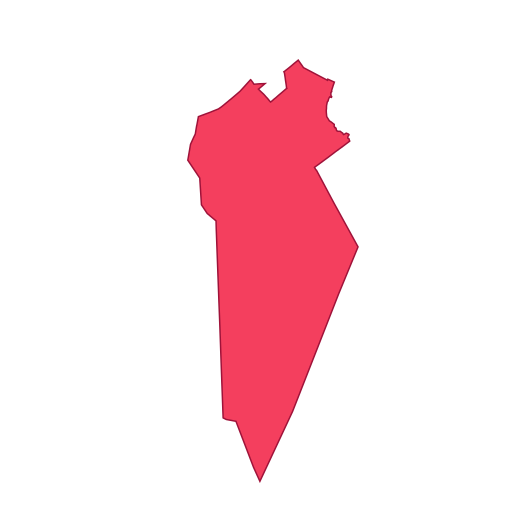 Santo Domingo Tomaltepec, Oaxaca, Mexico, rotated 122°
{"feature_id": "50627088B74406659640809", "entity_name": "Santo Domingo Tomaltepec", "entity_type": "district", "adm_level": 2, "iso_a3": "MEX", "parent_name": "Mexico", "parent_adm1": "Oaxaca", "projection": "albers", "projection_center": [-96.619, 17.07], "detail": "fine", "context": "isolated", "style": "filled", "palette": "rose", "viewbox_px": 512, "rotation_deg": 122, "n_neighbors": 0, "source": "geoboundaries", "source_scale": "gbopen_adm2", "svg_char_len": 2067}
<svg xmlns="http://www.w3.org/2000/svg" viewBox="0 0 512 512"><g transform="rotate(122 256 256)"><path d="M168.3,378.7L175.4,375.9L176.7,375.4L176.9,375.4L184.8,372.1L188.6,371.7L196.0,370.7L201.1,368.6L210.9,364.6L219.7,345.0L241.5,329.4L245.8,319.9L247.4,308.5L254.2,304.0L279.3,287.0L316.5,261.8L335.2,249.1L365.6,228.6L410.7,198.1L410.4,194.6L406.8,185.4L436.5,146.1L445.0,133.3L368.5,142.6L279.2,159.3L244.6,165.8L194.2,174.3L169.6,218.3L151.2,250.2L151.1,251.1L149.8,253.4L134.3,247.2L125.3,243.8L116.3,240.2L108.4,237.2L108.6,237.4L108.4,238.1L107.3,239.3L107.4,240.6L106.7,241.1L105.8,241.4L104.3,241.3L103.7,241.5L103.6,242.2L103.8,243.4L103.9,244.4L104.3,244.8L106.0,245.6L106.6,246.0L106.4,246.8L106.0,247.2L105.8,247.9L105.9,248.3L105.6,250.7L106.4,252.0L106.9,252.7L106.8,253.0L107.0,253.6L106.8,254.3L106.1,255.0L105.4,255.7L105.2,256.4L105.3,256.8L105.0,256.8L105.1,257.7L104.8,258.3L102.9,259.4L102.8,260.7L102.5,263.3L102.5,265.4L100.3,269.9L96.9,272.5L95.5,273.4L95.0,273.8L94.1,274.1L91.2,275.8L87.6,277.2L86.4,277.0L84.1,277.7L82.1,277.9L81.5,276.1L80.8,276.2L80.1,277.6L77.5,279.2L77.0,278.9L76.2,279.0L75.5,279.6L69.7,281.1L68.4,281.3L68.1,281.5L67.6,281.6L67.0,281.7L68.0,288.8L69.1,288.5L71.1,315.5L67.5,324.0L67.9,324.1L69.3,324.6L72.2,325.6L77.5,327.3L78.4,327.6L80.7,328.4L81.0,328.5L81.5,328.7L82.2,328.9L82.5,329.1L84.1,329.6L85.0,330.0L85.2,329.6L85.6,329.0L87.3,327.5L89.4,325.7L91.6,323.9L93.2,322.5L94.4,321.5L95.2,320.8L97.1,319.3L97.5,318.7L98.4,319.1L102.0,320.2L103.6,320.7L107.6,322.0L111.7,323.2L111.9,323.3L113.3,323.8L116.4,324.7L116.5,324.8L117.7,325.2L117.5,326.1L116.8,328.3L116.7,328.3L116.4,329.3L116.1,330.3L115.9,331.2L115.6,332.2L115.3,333.2L115.0,334.2L114.7,335.3L113.8,339.9L113.2,342.4L112.4,342.1L112.2,342.0L105.0,339.7L107.9,344.0L110.4,347.4L111.4,348.7L110.3,351.2L109.3,353.9L109.3,354.0L109.7,354.1L123.0,356.5L124.7,356.8L133.0,359.4L137.0,360.7L138.3,361.2L138.8,361.3L140.9,362.0L147.7,364.3L151.2,365.8L159.8,372.1L161.7,373.6L168.3,378.7Z" fill="#f43f5e" stroke="#9f1239" stroke-width="1.5"/></g></svg>